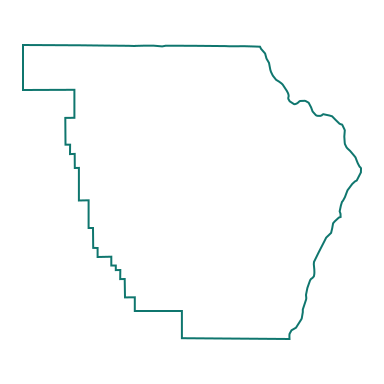 outline of Wallowa, Oregon, United States of America
{"feature_id": "52423323B53292465895893", "entity_name": "Wallowa", "entity_type": "district", "adm_level": 2, "iso_a3": "USA", "parent_name": "United States of America", "parent_adm1": "Oregon", "projection": "mercator", "projection_center": [-116.925, 45.54], "detail": "fine", "context": "isolated", "style": "outline", "palette": "teal", "viewbox_px": 384, "rotation_deg": 0, "n_neighbors": 0, "source": "geoboundaries", "source_scale": "gbopen_adm2", "svg_char_len": 2057}
<svg xmlns="http://www.w3.org/2000/svg" viewBox="0 0 384 384"><path d="M289.5,339.0L289.4,335.8L289.5,334.1L289.8,333.4L291.5,330.3L296.0,327.7L301.2,319.5L301.6,318.8L301.8,318.1L302.8,312.2L302.8,309.5L306.1,299.5L306.3,298.1L306.0,295.0L306.1,294.3L307.4,287.9L309.1,283.1L310.1,280.3L311.0,279.0L311.1,278.9L312.4,278.0L313.6,276.7L313.9,276.3L314.3,274.1L314.4,272.3L314.3,269.4L313.8,264.2L314.0,261.9L318.6,252.5L324.6,240.8L326.2,237.6L331.1,232.9L332.2,228.3L333.1,223.3L334.7,221.4L335.9,220.3L338.5,217.9L339.0,217.5L340.6,217.0L340.5,213.8L339.7,211.5L339.7,211.2L340.9,205.5L342.0,201.9L343.0,200.7L344.9,197.2L347.5,190.3L352.2,184.0L355.0,181.4L356.6,180.6L356.8,180.4L360.9,172.4L361.0,168.3L360.6,167.6L359.6,166.7L358.9,165.4L357.8,163.3L356.7,160.6L355.5,157.4L354.0,155.5L350.1,150.9L347.5,148.5L346.5,147.3L344.9,144.0L344.7,142.5L344.3,136.6L344.8,130.4L344.5,129.5L342.4,125.1L341.9,124.5L340.9,124.3L339.5,123.7L335.5,119.8L332.1,116.3L329.4,115.5L323.3,114.2L322.5,114.6L321.7,115.4L320.2,115.9L317.2,115.8L315.9,115.2L312.6,111.5L311.1,107.4L308.8,103.0L308.6,102.7L306.3,101.4L305.5,101.0L304.7,100.8L300.1,101.0L299.1,101.6L298.1,102.6L296.8,103.5L295.8,103.9L294.8,104.2L294.0,104.1L289.7,101.3L288.5,99.2L288.3,98.7L288.3,97.6L288.6,96.5L288.6,95.2L288.1,93.4L287.1,91.4L286.7,90.7L282.7,84.6L281.6,83.5L279.2,81.7L276.1,79.8L273.1,76.0L272.5,75.0L271.0,71.9L270.3,69.7L269.0,62.9L266.5,58.6L265.1,53.5L261.0,48.8L260.0,46.7L254.5,46.5L244.4,46.2L229.8,46.3L225.6,46.1L193.8,45.8L193.4,45.8L192.9,45.8L165.9,45.7L162.2,46.4L154.0,45.7L143.0,45.7L135.2,45.9L135.1,46.0L134.1,46.0L128.6,45.8L106.6,45.6L81.0,45.3L23.0,45.0L23.0,90.0L24.1,90.0L74.4,89.8L74.4,117.8L65.3,117.9L65.5,144.7L70.1,144.7L70.0,154.1L74.7,153.9L74.8,168.0L78.9,167.9L78.9,200.5L88.6,200.3L88.6,228.0L93.0,228.0L93.2,247.9L97.6,248.0L97.6,257.0L111.3,256.7L111.3,265.5L115.8,265.5L115.8,270.1L120.3,270.0L120.2,279.1L124.7,279.0L125.0,297.4L134.8,297.3L134.8,311.0L181.9,311.0L181.9,338.2L289.5,339.0Z" fill="none" stroke="#0f766e" stroke-width="2"/></svg>